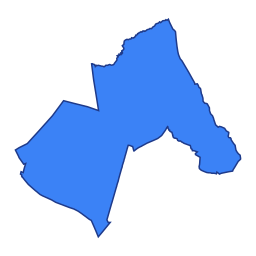 San Pablo Villa de Mitla, Oaxaca, Mexico
{"feature_id": "50627088B9208224547873", "entity_name": "San Pablo Villa de Mitla", "entity_type": "district", "adm_level": 2, "iso_a3": "MEX", "parent_name": "Mexico", "parent_adm1": "Oaxaca", "projection": "natural_earth1", "projection_center": [-96.275, 16.968], "detail": "fine", "context": "isolated", "style": "filled", "palette": "blue", "viewbox_px": 256, "rotation_deg": 0, "n_neighbors": 0, "source": "geoboundaries", "source_scale": "gbopen_adm2", "svg_char_len": 5036}
<svg xmlns="http://www.w3.org/2000/svg" viewBox="0 0 256 256"><path d="M197.3,83.8L194.9,84.2L194.6,82.9L193.2,80.3L193.1,80.2L188.7,72.3L182.0,60.9L180.2,58.8L179.5,57.1L178.5,54.6L177.8,51.6L177.0,46.5L176.2,39.7L175.5,31.8L174.6,30.5L172.8,29.0L169.5,22.2L168.4,19.2L167.1,20.3L166.3,19.9L165.9,19.7L165.4,20.4L163.9,20.6L162.7,20.8L160.7,22.6L159.7,21.8L159.4,22.0L159.0,22.6L158.0,23.3L157.2,23.4L156.0,24.0L155.6,24.1L154.7,25.9L152.6,27.2L152.5,27.4L151.6,28.6L149.9,28.5L149.5,29.0L147.1,29.7L145.4,31.1L144.5,31.3L144.1,30.9L143.6,31.1L143.0,30.9L142.7,31.3L141.8,32.1L141.0,31.7L140.2,32.3L139.1,32.6L138.7,33.3L137.6,33.6L137.5,34.3L136.5,35.1L135.7,35.2L135.7,35.9L135.0,36.5L134.6,37.4L134.2,37.6L133.6,37.6L133.1,38.1L131.6,37.7L131.1,38.8L130.5,39.0L129.7,39.0L128.2,39.7L127.0,39.3L126.1,39.7L125.3,40.1L124.7,40.7L124.3,41.0L124.2,41.4L123.8,44.5L122.3,45.6L122.6,46.4L123.6,47.6L123.9,49.0L123.3,49.6L123.2,49.9L122.2,50.7L121.9,50.7L121.7,50.9L121.8,51.4L121.8,51.5L122.0,51.6L122.2,52.0L122.3,52.2L122.4,52.4L122.4,52.6L122.2,52.5L122.1,52.9L121.9,52.8L121.9,53.0L121.7,52.9L121.7,53.2L121.4,53.1L121.5,53.4L121.2,53.3L121.3,53.5L121.1,53.5L121.1,53.8L121.0,53.7L120.9,53.9L120.4,53.9L120.4,54.5L119.9,54.4L120.0,54.6L119.7,54.7L119.2,54.6L118.9,54.4L118.8,54.9L118.8,55.1L118.6,55.2L118.3,55.3L118.5,55.4L118.7,55.5L118.1,55.8L117.7,56.0L117.4,56.0L117.7,56.4L117.8,56.5L118.1,56.6L118.0,56.9L117.9,56.8L117.7,56.9L117.4,57.3L117.3,57.7L116.8,58.3L116.8,58.8L116.9,59.4L117.0,59.8L116.7,60.3L116.3,60.9L115.3,62.2L114.5,63.2L114.4,63.4L113.8,64.4L113.4,64.7L111.6,65.2L111.4,65.2L109.7,64.5L109.3,64.6L108.3,65.0L107.8,65.3L106.4,65.3L106.2,65.3L105.8,65.3L105.5,65.5L105.0,66.2L104.2,66.7L103.9,66.7L103.5,66.6L103.2,66.4L102.8,66.2L102.0,66.2L101.4,66.1L99.2,65.5L98.5,65.3L97.8,65.5L96.6,65.4L96.7,65.7L96.6,65.8L96.4,65.7L96.2,65.3L95.9,65.2L95.3,66.2L95.2,65.7L95.1,65.4L94.9,65.3L94.7,65.3L94.5,64.8L94.2,64.5L94.0,64.3L93.7,64.2L93.3,64.2L93.0,64.2L92.8,64.2L92.5,63.8L92.1,63.7L91.6,63.8L93.6,79.6L96.1,94.9L98.6,110.6L87.7,106.8L72.9,103.1L63.6,100.7L52.4,115.8L38.7,131.1L31.3,139.2L27.3,143.6L19.1,147.7L15.4,150.0L18.5,156.2L19.1,157.7L23.7,164.2L25.7,163.5L24.2,168.4L24.0,169.4L23.9,169.6L23.8,170.0L23.7,170.5L23.6,170.8L23.5,171.1L23.5,171.4L23.2,172.6L22.4,172.3L21.6,171.9L21.4,171.8L21.1,171.7L20.6,173.7L20.5,174.1L21.7,174.8L21.7,175.1L21.6,175.7L21.7,176.2L22.0,176.4L22.0,176.9L22.5,177.2L24.5,179.8L28.3,184.4L35.0,190.3L40.1,194.5L42.7,195.9L51.6,199.9L55.7,202.3L69.4,207.5L73.9,209.0L78.2,211.2L81.1,213.2L89.4,219.4L91.3,220.4L94.4,227.5L96.2,231.7L98.3,236.8L102.2,232.2L110.2,222.4L108.2,222.4L106.9,219.9L111.5,203.8L111.9,202.6L116.0,188.4L116.1,188.0L116.6,186.5L116.8,185.6L117.2,184.1L117.8,182.2L118.0,181.8L118.9,178.1L119.5,175.9L119.9,174.4L120.2,173.4L121.5,168.8L122.1,167.1L122.3,166.0L122.4,165.3L123.2,162.9L123.2,162.7L123.5,161.9L123.8,161.0L124.1,159.5L124.7,157.8L124.7,157.7L124.8,157.4L124.9,156.7L125.3,155.4L126.0,153.0L126.8,150.1L127.0,149.3L128.2,145.3L130.0,145.5L132.0,146.4L132.6,146.5L133.1,148.0L133.3,149.0L133.8,150.8L133.9,151.0L134.0,151.0L136.5,149.0L137.1,148.6L138.6,147.6L140.8,146.5L141.4,146.3L142.6,145.5L144.2,144.7L146.0,143.7L147.9,142.7L148.5,142.6L149.3,142.1L149.5,142.1L153.5,140.4L157.7,138.5L161.3,135.8L161.9,135.2L164.0,132.2L164.3,131.8L165.0,130.8L165.4,130.2L165.8,129.5L166.4,128.5L166.8,127.6L167.6,126.6L168.0,127.1L167.9,127.9L168.1,128.4L168.2,128.6L168.6,129.0L168.6,129.4L168.9,130.1L169.6,130.1L169.8,131.1L170.4,131.6L170.8,131.8L171.9,132.3L172.4,134.1L172.7,134.7L172.7,135.7L173.0,135.9L173.0,136.2L173.1,136.7L173.2,137.1L173.6,137.6L174.4,138.1L175.4,138.2L176.4,138.5L177.1,138.8L177.7,140.4L177.9,140.5L179.0,141.1L180.2,141.0L180.6,141.0L181.2,141.6L181.4,141.7L182.0,142.2L182.2,142.3L182.5,142.3L183.1,142.7L183.5,143.0L184.0,143.3L184.3,143.4L185.3,143.8L185.6,143.9L185.9,144.0L186.3,144.1L186.7,144.3L188.9,145.1L189.0,145.1L189.6,145.3L190.3,145.5L191.0,148.5L191.3,148.9L192.0,149.2L192.4,150.7L194.1,150.7L197.3,151.9L195.4,153.6L195.5,154.6L200.1,157.3L199.6,164.3L199.1,166.6L199.4,168.6L200.3,169.4L201.2,170.2L202.3,170.7L203.9,171.4L205.4,172.0L206.2,172.3L206.7,172.5L207.2,172.6L209.0,172.8L210.2,172.8L211.1,173.0L211.4,173.2L212.2,173.2L212.8,173.3L213.1,173.2L215.2,173.4L215.4,173.5L216.4,173.8L216.8,172.5L216.9,172.1L219.5,174.1L221.2,173.3L228.9,171.7L232.6,171.1L233.2,169.6L234.8,167.1L238.2,161.4L240.5,159.3L240.6,158.3L240.1,155.2L238.3,153.7L236.7,151.5L235.9,149.9L235.1,145.3L233.5,143.4L231.8,140.8L231.1,139.7L231.1,138.9L230.5,137.8L229.2,137.7L228.7,137.4L228.2,136.4L228.1,136.0L228.4,135.3L228.8,132.6L228.7,132.3L227.5,131.6L226.3,130.9L224.6,128.3L221.2,126.8L219.5,126.4L218.2,127.2L215.6,124.8L213.8,119.5L213.5,118.2L212.5,115.8L210.6,113.8L209.5,110.6L209.4,107.8L207.3,103.9L205.9,103.3L204.8,103.3L203.1,101.3L202.9,98.1L201.9,94.7L201.4,93.8L200.6,88.9L200.1,88.1L199.4,87.7L199.0,87.3L198.1,85.0L197.3,83.8Z" fill="#3b82f6" stroke="#1e3a8a" stroke-width="1.5"/></svg>